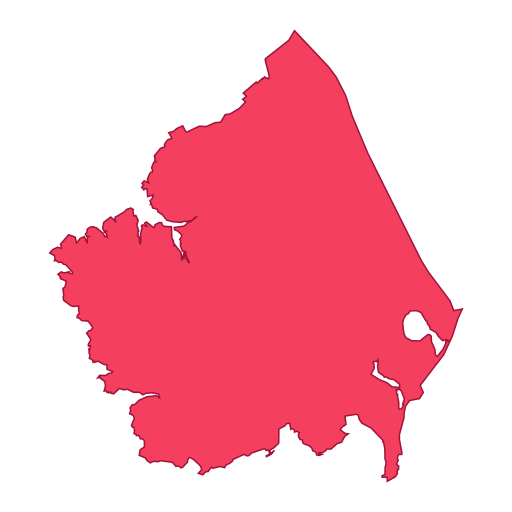 KaipÄtiki Local Board Area, New Zealand
{"feature_id": "76426892B5692080734545", "entity_name": "KaipÄtiki Local Board Area", "entity_type": "district", "adm_level": 2, "iso_a3": "NZL", "parent_name": "New Zealand", "parent_adm1": "", "projection": "albers", "projection_center": [174.713, -36.79], "detail": "fine", "context": "isolated", "style": "filled", "palette": "rose", "viewbox_px": 512, "rotation_deg": 0, "n_neighbors": 0, "source": "geoboundaries", "source_scale": "gbopen_adm2", "svg_char_len": 6038}
<svg xmlns="http://www.w3.org/2000/svg" viewBox="0 0 512 512"><path d="M167.7,139.9L165.1,143.1L164.4,145.0L164.8,146.8L160.5,148.3L154.3,155.9L154.8,156.3L154.9,160.8L155.8,161.7L153.7,162.3L151.6,167.7L152.5,170.4L152.3,172.1L150.9,172.2L149.5,174.0L147.3,179.5L148.7,182.9L144.2,180.8L142.0,183.3L143.6,185.5L141.6,187.3L143.8,189.9L145.3,188.7L147.0,188.9L147.6,196.6L153.1,195.1L152.2,198.5L150.0,200.8L151.0,203.3L150.6,204.2L151.3,203.9L152.7,208.0L157.2,209.2L158.0,211.9L162.3,214.6L166.8,220.2L173.0,221.8L181.5,222.4L184.1,221.2L186.2,221.7L191.9,220.4L195.5,217.2L197.2,216.4L190.7,221.6L189.3,221.6L184.0,226.1L174.2,227.5L174.5,229.7L177.6,231.0L181.7,234.8L181.4,237.1L179.7,239.6L180.6,240.7L180.4,243.4L181.2,243.9L180.4,244.8L180.8,247.1L182.4,251.1L185.6,251.6L186.4,257.0L187.3,257.9L189.5,263.2L187.9,261.6L186.0,256.9L184.7,256.4L185.0,254.0L184.1,252.5L182.9,256.3L184.2,258.6L182.4,258.6L181.8,259.7L181.4,258.1L182.5,257.7L181.5,256.7L181.0,252.6L175.5,245.6L174.0,245.6L174.8,244.5L173.2,242.4L173.6,241.1L171.9,238.1L171.4,226.7L164.4,226.4L162.1,224.9L161.6,222.6L158.8,222.7L155.1,224.7L154.6,227.1L153.7,227.5L146.4,222.0L144.6,223.1L146.6,226.3L142.9,224.8L141.7,225.5L141.4,226.4L142.1,227.4L140.5,234.7L140.9,241.6L139.9,244.7L140.2,243.1L139.1,240.7L139.3,237.0L137.6,236.2L138.3,234.3L137.9,231.8L138.8,231.1L136.9,225.2L138.1,220.2L135.8,215.4L133.8,216.1L132.8,210.0L133.3,209.5L130.8,208.0L126.7,209.4L124.6,211.7L115.1,217.3L114.7,219.3L115.5,220.9L115.7,221.8L115.6,222.6L115.3,221.1L110.7,217.0L103.7,222.4L102.7,228.3L103.6,230.6L106.3,231.2L104.5,232.2L106.5,233.7L107.1,236.9L106.3,236.1L105.1,236.7L102.5,232.8L96.6,227.9L93.0,226.7L90.0,227.2L87.2,229.2L86.9,232.3L85.4,234.1L86.6,236.1L88.7,236.4L87.3,237.1L87.3,243.3L84.3,236.6L80.2,238.3L76.6,243.0L75.2,237.1L68.7,234.7L61.3,243.2L60.5,244.6L61.1,245.0L61.1,248.2L57.4,247.3L52.7,249.6L49.7,253.0L54.3,255.5L55.1,257.9L54.4,260.8L56.0,260.5L58.9,262.5L61.3,262.1L63.2,264.0L65.9,264.8L72.6,272.2L72.4,273.8L68.6,272.8L69.2,271.8L64.0,272.9L61.2,271.9L57.9,274.3L59.9,276.2L60.5,278.7L65.9,281.0L65.9,283.7L64.8,287.3L62.9,288.4L63.7,295.0L63.1,297.6L63.8,300.5L70.7,305.6L73.8,306.5L78.6,306.0L78.6,310.5L79.5,313.1L77.4,315.5L77.0,317.5L79.6,318.5L81.5,320.5L88.2,321.2L92.8,327.6L90.6,330.6L89.2,330.6L86.6,333.1L90.9,339.7L88.3,344.3L88.4,346.1L90.6,345.8L90.0,348.0L88.9,348.8L89.0,350.3L89.5,349.9L89.0,353.1L90.0,355.1L89.3,358.2L92.4,360.0L93.1,362.3L94.2,361.2L94.6,362.3L98.0,361.2L104.2,364.6L106.9,364.7L107.0,369.3L112.6,371.5L111.5,373.1L109.0,373.3L105.6,375.5L99.6,375.3L97.8,377.9L100.2,377.1L100.4,378.3L104.7,381.5L105.5,385.8L104.1,391.1L105.9,390.7L107.1,392.4L108.3,391.8L108.5,392.9L110.7,392.0L111.0,393.3L113.7,393.8L119.4,388.5L123.8,389.9L127.2,389.2L133.5,392.3L139.5,392.3L142.9,394.8L145.9,393.3L151.9,392.8L158.5,394.0L159.5,397.9L156.4,395.6L146.8,396.8L139.2,400.2L134.5,404.7L132.4,404.6L130.1,407.7L130.6,410.8L129.5,413.7L133.1,415.4L133.9,416.8L134.2,418.8L131.4,425.3L132.6,427.3L133.9,427.1L134.5,431.1L134.0,433.7L135.7,433.8L136.4,435.7L138.7,435.3L140.4,438.9L143.0,439.0L144.4,441.0L144.4,446.9L140.1,449.9L139.2,455.3L145.2,457.9L147.1,460.6L150.4,462.9L153.2,461.4L158.1,461.7L160.4,460.7L172.3,462.3L176.0,466.4L178.5,465.9L180.8,467.8L182.5,467.4L187.4,462.2L187.8,459.6L189.0,457.7L190.1,457.5L193.8,459.7L200.3,465.8L201.8,469.4L198.3,473.4L202.9,474.8L205.8,471.7L208.1,471.6L211.3,467.3L212.7,468.3L220.3,466.5L224.6,467.7L226.0,465.1L229.8,463.3L232.4,461.2L233.2,459.4L243.9,454.4L247.1,455.9L248.9,455.6L251.6,453.0L264.8,448.5L265.9,450.4L268.5,450.2L269.8,453.9L266.2,455.9L266.5,456.7L271.4,454.1L274.4,450.3L270.9,453.4L269.5,450.3L274.0,447.7L278.7,443.2L278.9,429.0L285.1,425.7L286.4,423.7L289.7,423.3L290.8,429.4L292.2,428.7L294.3,429.7L294.5,432.1L296.6,431.3L299.4,432.7L298.3,434.8L298.8,437.4L300.2,439.6L302.5,440.0L302.7,442.4L303.8,443.8L309.1,445.7L311.7,447.9L312.7,450.7L315.7,452.0L316.7,455.0L319.5,455.4L321.9,454.4L318.8,454.0L318.8,452.7L322.5,452.6L325.9,450.6L326.6,449.0L330.9,449.1L337.3,443.5L341.5,442.3L344.9,436.2L348.3,433.9L344.9,433.3L340.3,429.8L342.0,427.1L346.0,424.5L345.0,416.1L356.2,414.3L358.2,415.1L359.2,419.2L361.8,423.1L371.2,428.1L383.0,440.4L382.7,441.7L383.9,443.4L384.9,450.1L385.0,458.8L386.2,462.8L385.1,467.5L385.0,474.5L382.0,475.8L382.0,477.1L387.2,477.4L387.3,481.3L395.3,476.8L397.4,473.6L397.2,470.3L398.5,469.6L398.7,466.0L396.4,464.2L398.3,460.2L397.4,458.6L397.9,455.8L398.9,454.4L401.6,454.5L402.0,453.4L399.4,439.5L399.5,434.3L404.0,417.6L404.1,413.0L405.6,406.1L409.7,400.5L419.5,398.6L423.3,392.5L420.2,385.4L443.8,354.6L449.8,341.6L447.4,340.8L445.7,341.6L445.9,342.9L443.3,348.8L437.2,356.6L435.4,354.8L435.0,349.7L431.5,341.7L431.2,336.1L429.7,334.6L427.6,334.7L420.0,341.0L411.7,340.7L406.1,337.8L404.2,334.5L403.2,328.7L402.7,322.4L403.5,319.3L406.0,314.7L408.1,313.9L410.2,310.9L416.5,310.7L420.9,312.4L425.9,320.8L427.0,321.2L427.3,323.5L429.4,326.3L430.2,329.2L436.0,332.4L438.4,336.4L442.6,340.6L446.7,339.6L449.9,341.3L452.4,336.0L458.2,317.8L462.3,309.0L453.8,310.6L450.0,300.8L428.7,272.5L421.5,260.9L367.8,153.2L352.2,116.0L345.7,95.6L336.2,77.0L328.7,67.0L294.5,30.7L288.9,40.2L265.5,58.6L265.2,60.0L269.3,76.4L268.6,78.9L264.4,76.9L263.4,78.8L262.4,78.3L257.2,83.2L256.2,82.0L243.2,93.1L246.5,96.4L242.7,99.2L245.5,102.0L239.2,108.5L230.1,113.9L225.2,114.6L220.6,122.2L215.2,122.6L206.4,126.5L199.2,126.2L187.1,132.0L185.5,131.2L182.7,125.8L176.6,128.6L173.8,131.3L168.7,132.7L172.0,138.2L167.7,139.9ZM376.3,361.7L378.1,359.7L377.6,367.0L378.5,372.3L383.6,375.8L384.2,377.2L385.9,376.9L389.1,378.7L394.0,379.7L399.5,384.2L399.7,386.8L399.0,387.3L398.6,389.6L400.2,389.6L401.5,391.5L404.4,399.0L402.6,404.3L403.5,404.8L401.5,409.0L398.8,409.0L398.7,402.0L397.4,395.7L397.8,394.6L396.4,393.2L396.8,390.9L396.1,389.6L398.3,389.6L398.5,387.4L392.0,386.8L387.4,383.0L378.9,379.3L371.0,374.3L374.3,368.0L373.9,363.7L372.9,362.5L373.8,361.3L376.3,361.7Z" fill="#f43f5e" stroke="#9f1239" stroke-width="1.5"/></svg>